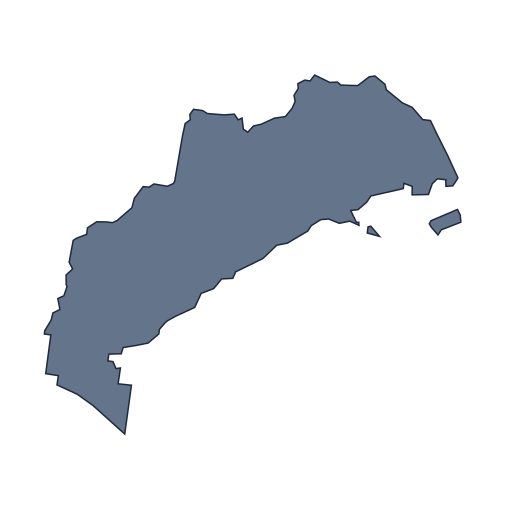 outline of Lafourche, Louisiana, United States of America, rotated 279°
{"feature_id": "52423323B36093874947415", "entity_name": "Lafourche", "entity_type": "district", "adm_level": 2, "iso_a3": "USA", "parent_name": "United States of America", "parent_adm1": "Louisiana", "projection": "robinson", "projection_center": [-90.415, 29.493], "detail": "fine", "context": "isolated", "style": "filled", "palette": "slate", "viewbox_px": 512, "rotation_deg": 279, "n_neighbors": 0, "source": "geoboundaries", "source_scale": "gbopen_adm2", "svg_char_len": 1827}
<svg xmlns="http://www.w3.org/2000/svg" viewBox="0 0 512 512"><g transform="rotate(279 256 256)"><path d="M106.9,66.7L106.9,79.5L97.5,79.6L91.5,101.1L82.7,118.6L59.6,154.2L108.9,153.2L108.2,139.8L124.2,139.6L122.9,135.3L129.3,131.3L129.3,126.1L136.1,126.0L138.3,138.2L144.8,139.1L148.9,151.6L153.1,163.0L163.8,172.2L168.5,172.1L176.0,176.8L178.3,178.8L183.9,186.0L195.6,203.5L210.5,207.7L217.2,219.3L228.0,225.7L230.3,236.6L237.2,238.4L254.5,263.1L269.9,274.8L273.6,285.0L288.7,303.2L294.7,305.9L302.1,314.4L303.9,322.0L301.3,333.2L305.1,343.2L302.4,352.9L305.4,352.2L305.0,349.8L312.9,344.4L315.8,342.5L317.7,349.5L326.4,356.9L333.3,360.1L345.6,390.9L350.9,390.7L349.2,399.4L340.8,400.6L343.7,416.7L355.0,418.8L360.6,423.1L361.0,431.5L354.5,432.7L356.1,439.4L361.6,442.0L364.8,443.2L385.5,429.4L404.2,416.0L417.1,407.1L416.8,399.3L427.2,387.1L430.2,376.5L440.6,358.7L445.8,356.5L452.4,345.3L450.7,339.8L440.2,329.8L438.1,313.2L440.5,309.2L439.0,301.7L443.9,285.6L437.3,282.0L437.4,276.7L432.8,270.4L428.0,271.5L420.5,268.4L414.8,270.5L407.4,268.5L398.3,263.2L395.0,252.6L387.0,240.6L384.0,233.1L377.0,228.5L379.3,223.7L390.1,220.6L387.7,217.1L392.7,212.4L390.4,202.5L389.1,185.6L391.3,180.5L391.1,171.3L385.4,168.5L380.3,169.8L375.8,165.3L362.9,164.6L316.9,164.0L314.6,163.0L311.0,157.5L311.2,143.9L307.3,139.7L306.9,133.7L293.9,126.8L284.3,125.9L269.5,113.4L266.5,109.1L266.3,103.6L264.9,93.3L257.5,85.2L250.9,85.3L245.5,76.0L242.8,73.0L220.6,72.4L214.5,76.9L207.5,71.4L198.0,73.0L196.2,74.1L186.7,72.5L183.0,66.9L172.5,70.7L168.0,64.3L160.7,63.7L149.1,59.0L145.8,59.2L146.0,65.7L106.9,66.7ZM305.3,432.4L310.9,435.0L321.4,453.0L328.2,451.4L333.5,447.7L318.2,423.3L314.9,422.1L311.7,424.8L305.3,432.4ZM296.1,362.3L294.7,374.9L303.4,364.7L302.3,362.1L296.1,362.3Z" fill="#64748b" stroke="#1e293b" stroke-width="1.5"/></g></svg>